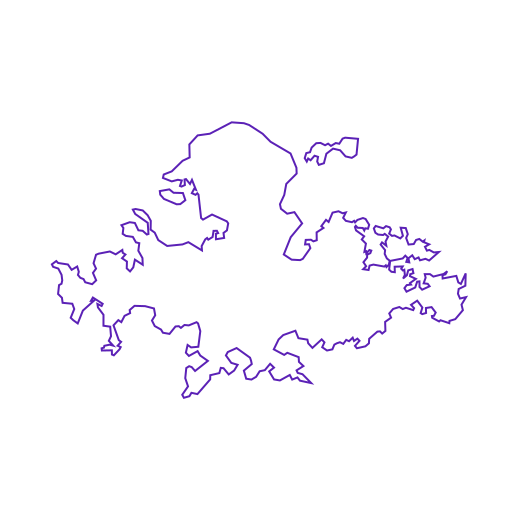 outline of Geoje-si, South Gyeongsang, South Korea, rotated 78°
{"feature_id": "91817680B58127051569150", "entity_name": "Geoje-si", "entity_type": "district", "adm_level": 2, "iso_a3": "KOR", "parent_name": "South Korea", "parent_adm1": "South Gyeongsang", "projection": "albers", "projection_center": [128.639, 34.872], "detail": "fine", "context": "isolated", "style": "outline", "palette": "violet", "viewbox_px": 512, "rotation_deg": 78, "n_neighbors": 0, "source": "geoboundaries", "source_scale": "gbopen_adm2", "svg_char_len": 6117}
<svg xmlns="http://www.w3.org/2000/svg" viewBox="0 0 512 512"><g transform="rotate(78 256 256)"><path d="M328.6,57.4L316.6,54.5L325.9,61.4L323.9,63.6L317.1,64.2L316.8,78.1L313.6,77.6L313.3,74.5L310.7,72.1L312.6,76.2L313.0,86.8L309.9,89.6L308.8,94.7L312.5,94.6L317.6,97.7L318.9,93.8L321.7,92.5L323.5,100.5L320.3,102.5L314.8,101.4L314.6,103.7L319.9,106.8L322.2,116.2L318.3,117.5L315.8,114.6L316.2,110.3L314.5,111.0L311.6,104.4L307.7,109.6L305.9,108.9L305.5,105.6L301.3,105.6L301.7,110.1L306.2,112.4L308.6,116.8L305.4,114.3L300.3,113.8L300.7,115.3L298.7,116.6L296.7,114.7L295.3,122.6L300.7,123.6L299.6,126.8L297.0,128.6L288.7,125.8L288.9,113.0L286.7,109.9L289.4,108.1L293.0,110.2L294.1,107.4L289.9,107.4L287.8,103.0L292.1,101.4L291.2,97.3L294.3,96.5L294.0,90.8L296.4,87.6L290.1,76.3L289.5,81.3L286.1,85.2L286.3,87.7L282.1,88.8L280.6,84.2L277.4,88.9L275.8,88.1L276.6,90.0L273.3,92.7L273.6,96.1L277.1,99.2L276.5,104.4L269.6,105.4L266.2,103.0L259.8,103.7L258.4,108.6L266.8,108.1L268.8,111.2L264.7,116.3L264.6,118.8L261.8,121.1L258.0,118.5L255.7,119.3L253.8,122.6L255.4,125.7L251.5,132.7L253.5,135.0L258.1,134.4L260.4,132.1L261.9,127.3L261.1,125.5L264.5,122.7L268.8,126.3L273.0,126.4L268.9,129.9L270.7,131.7L277.1,128.5L280.7,129.7L285.6,128.5L288.4,126.2L292.2,127.9L293.9,130.7L292.1,131.0L293.0,132.7L288.8,143.0L289.0,146.9L293.1,148.8L291.2,153.9L288.9,150.4L284.4,152.2L280.7,147.7L277.8,147.0L277.0,143.6L274.7,142.1L273.7,143.8L276.3,147.6L274.2,147.4L274.5,149.1L266.7,145.9L261.8,149.1L259.2,146.1L251.8,152.8L248.2,153.2L247.2,152.1L249.5,150.7L250.8,145.7L253.6,144.8L251.6,143.4L252.6,140.8L249.0,138.8L242.6,141.1L241.1,143.5L241.8,149.3L243.7,152.1L242.0,152.7L242.9,155.1L240.3,160.8L236.8,162.8L232.1,159.1L232.2,162.4L229.4,166.0L229.5,172.1L237.8,177.9L235.2,180.0L240.4,185.9L242.6,184.2L245.5,191.8L253.2,193.3L253.6,196.8L251.5,198.9L250.6,204.0L254.9,205.6L255.5,201.7L259.6,201.2L268.5,210.8L269.2,213.7L267.0,221.9L260.3,228.5L244.8,218.1L233.7,204.1L221.1,209.3L221.1,216.7L215.0,221.8L210.3,221.8L202.2,215.7L191.8,211.4L183.8,199.1L178.1,198.1L162.9,200.9L147.3,218.0L137.8,224.1L126.4,235.5L123.6,240.2L120.2,252.0L126.8,275.7L125.9,288.0L133.0,298.0L145.8,300.4L147.6,308.0L155.7,320.8L157.1,329.3L160.3,330.8L165.5,322.9L165.2,316.6L166.7,312.9L171.7,315.8L172.6,314.4L171.8,310.8L166.3,310.0L166.2,308.5L171.8,305.6L168.2,302.8L178.7,301.0L177.5,302.6L181.2,305.7L183.6,302.4L182.4,300.4L184.0,299.5L207.4,301.8L209.4,300.3L206.3,290.4L216.0,277.4L218.3,276.4L224.9,279.1L226.7,283.0L231.7,283.4L231.3,291.7L225.9,290.6L225.7,288.3L223.2,289.0L222.6,292.3L228.4,294.5L230.1,299.3L228.2,300.1L229.2,302.2L235.0,307.1L239.3,307.7L228.4,319.3L229.4,325.5L227.7,340.8L220.1,348.3L212.1,350.2L208.3,353.6L199.7,351.6L193.6,353.5L187.9,357.3L185.0,364.0L185.0,366.8L189.8,365.4L201.0,355.0L212.1,356.6L212.3,358.3L207.8,361.6L206.4,365.7L198.5,367.6L196.7,372.5L197.9,381.2L201.0,379.9L206.6,381.8L209.3,379.1L211.7,372.5L217.7,370.6L219.2,367.5L226.4,370.0L234.4,367.5L241.0,368.6L234.4,375.2L241.6,378.4L244.9,382.4L241.2,385.0L234.6,383.4L230.3,387.5L227.4,383.4L225.1,385.7L222.3,385.5L225.2,392.9L221.2,398.0L221.0,409.4L221.5,412.2L229.3,416.4L235.1,415.1L238.6,419.0L246.6,417.4L249.5,422.1L246.2,428.5L242.7,429.5L240.8,432.4L237.5,434.1L234.6,432.6L229.1,433.1L231.2,439.2L225.2,441.7L221.7,451.0L219.4,452.4L221.7,457.4L224.4,456.7L227.2,452.0L234.0,450.1L239.6,450.6L242.7,452.0L243.5,454.7L252.0,457.5L256.5,454.5L261.6,454.9L264.5,445.6L270.1,444.8L277.9,450.1L280.8,448.1L284.9,444.4L273.4,436.7L265.8,423.4L265.5,426.7L262.7,424.2L270.9,415.9L272.8,417.4L269.9,421.1L273.4,421.3L281.8,417.4L292.5,419.7L294.8,413.3L304.3,414.5L308.4,417.6L314.0,414.3L312.3,417.6L312.3,423.0L314.0,423.8L314.2,426.2L316.4,426.4L318.3,416.6L322.4,417.4L323.6,415.7L318.9,408.9L317.0,407.3L315.0,410.0L311.9,405.8L309.8,407.7L294.2,409.8L290.1,404.0L292.7,401.5L287.2,397.0L285.7,391.0L282.6,390.8L279.5,385.2L282.0,374.9L286.1,366.7L293.0,366.9L297.5,371.2L303.5,369.6L308.2,364.2L311.7,363.0L314.2,356.8L308.2,349.4L308.6,346.1L310.7,344.4L308.6,340.3L309.9,336.2L308.4,327.9L309.9,326.7L317.9,326.1L332.8,331.3L331.9,338.5L328.8,341.4L336.0,344.7L339.8,342.4L336.9,332.9L341.8,331.2L348.6,324.9L355.8,339.5L351.3,342.0L349.9,344.3L351.1,347.5L360.8,350.6L369.4,349.6L376.4,357.0L379.7,356.0L379.3,350.3L376.4,347.6L378.9,342.0L367.2,326.5L363.1,325.5L362.9,316.2L358.1,313.7L359.0,311.1L366.2,307.3L363.5,301.2L358.6,296.6L355.4,302.4L347.0,306.1L344.1,303.6L342.0,294.1L354.2,283.0L357.3,282.6L360.8,282.6L365.6,291.7L374.0,291.1L375.9,286.1L374.2,281.0L369.5,276.4L369.5,271.1L364.4,264.6L368.9,261.6L371.6,267.1L380.5,264.0L382.7,258.5L379.4,247.7L384.4,246.3L383.4,240.7L387.1,238.9L391.8,228.4L381.3,235.1L379.0,239.5L376.3,240.1L373.5,232.5L368.5,236.0L363.8,235.3L357.2,245.5L358.6,249.0L351.0,258.0L342.3,251.2L339.0,245.8L337.3,233.0L345.2,231.6L348.5,223.1L352.2,223.1L357.6,219.9L351.2,209.1L354.7,207.0L359.0,210.2L363.2,206.2L363.2,200.7L359.0,197.8L358.2,195.1L357.8,191.8L360.1,188.9L356.8,185.2L358.7,182.7L356.0,178.4L359.5,177.8L357.9,174.0L360.5,172.4L364.5,177.9L367.2,176.5L367.1,167.8L364.9,163.7L360.5,162.5L355.2,153.0L355.5,150.4L358.1,148.7L356.2,145.0L347.3,143.4L344.4,136.7L339.9,137.6L336.3,132.9L335.7,126.4L338.4,123.5L337.8,120.1L341.6,113.5L339.9,112.2L336.0,114.5L333.2,107.6L341.0,104.0L346.1,106.8L347.4,105.5L347.1,101.5L342.2,100.6L342.5,94.9L348.7,92.0L351.5,94.4L351.3,96.4L353.0,96.5L358.1,90.5L357.2,88.9L361.9,80.9L359.7,80.2L359.2,74.2L352.0,64.9L346.3,65.1L339.9,59.1L340.0,65.3L334.9,66.3L330.4,64.6L328.6,57.4ZM179.4,170.3L170.6,165.9L167.0,158.3L170.1,151.7L177.2,147.7L179.9,141.9L179.0,139.3L177.7,136.6L162.6,131.8L158.8,144.2L159.2,146.9L163.5,151.2L162.1,154.5L163.9,159.8L161.1,162.1L162.0,165.4L158.8,169.4L158.2,173.6L161.5,179.0L165.7,181.6L165.8,185.4L170.4,188.0L174.2,186.7L171.5,184.7L173.7,182.7L170.1,177.9L171.9,174.7L176.3,176.5L179.9,175.6L179.4,170.3ZM181.0,334.2L188.9,322.9L189.5,319.3L186.7,313.5L179.2,314.4L177.0,323.5L172.8,326.9L172.5,336.6L176.1,336.9L181.0,334.2Z" fill="none" stroke="#5b21b6" stroke-width="2"/></g></svg>